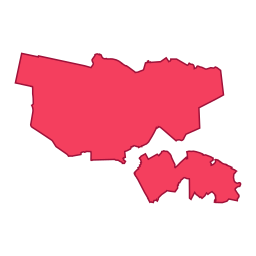 the district of Amsterdam, Noord-Holland, Netherlands
{"feature_id": "6326949B30737301574950", "entity_name": "Amsterdam", "entity_type": "district", "adm_level": 2, "iso_a3": "NLD", "parent_name": "Netherlands", "parent_adm1": "Noord-Holland", "projection": "albers", "projection_center": [4.983, 52.355], "detail": "fine", "context": "isolated", "style": "filled", "palette": "rose", "viewbox_px": 256, "rotation_deg": 0, "n_neighbors": 0, "source": "geoboundaries", "source_scale": "gbopen_adm2", "svg_char_len": 5732}
<svg xmlns="http://www.w3.org/2000/svg" viewBox="0 0 256 256"><path d="M122.4,163.4L124.4,163.4L125.5,161.3L124.6,160.7L124.4,160.5L123.4,159.9L123.8,158.9L123.1,158.3L123.7,157.7L125.3,157.3L124.7,151.5L125.4,151.3L127.1,150.7L130.4,149.0L130.4,148.9L130.7,148.4L131.0,147.9L131.1,147.3L131.2,146.7L132.3,146.8L133.0,146.4L132.9,146.2L134.0,145.6L137.4,146.7L138.2,146.6L138.7,147.5L139.7,146.9L140.5,146.6L141.8,146.6L141.8,145.8L143.1,145.5L144.8,144.6L146.5,143.9L146.7,143.7L147.9,142.6L148.6,141.9L152.5,135.5L152.7,135.0L153.5,133.7L155.7,129.4L156.2,128.0L156.4,128.5L157.7,127.7L158.4,127.2L158.4,126.6L158.9,126.7L160.0,127.1L161.3,128.0L176.1,140.8L176.4,140.4L176.9,140.1L178.9,139.8L179.8,139.9L181.4,140.5L182.2,140.3L183.1,139.6L183.6,139.0L183.8,138.7L183.9,138.1L186.0,134.2L199.7,128.1L198.9,107.8L216.4,98.8L223.5,94.9L220.6,70.4L217.0,67.7L215.3,67.0L214.3,67.8L213.6,68.1L210.8,67.7L206.7,69.0L205.7,69.1L201.8,67.3L199.9,66.9L198.4,66.2L197.5,66.1L197.3,66.1L196.9,66.5L196.7,67.1L196.4,67.6L195.8,68.0L194.3,68.6L194.3,67.5L194.1,66.6L193.7,65.5L193.3,64.9L192.2,64.3L190.9,64.3L190.5,64.1L189.3,63.2L189.0,63.3L188.5,64.5L187.3,65.3L176.6,59.1L171.4,59.1L170.8,59.1L170.8,59.4L170.8,60.0L170.1,61.1L169.9,61.2L169.2,61.2L168.8,61.6L166.2,57.8L160.6,61.7L150.6,62.4L150.3,62.5L150.3,62.0L148.9,62.2L148.3,61.2L148.5,60.9L148.4,60.8L147.6,61.2L147.8,61.8L147.7,62.5L146.6,62.5L145.9,63.0L145.5,62.9L143.8,68.9L143.6,69.5L143.3,69.9L142.4,70.4L140.6,71.0L138.0,72.1L135.3,72.5L135.1,72.1L129.2,67.7L128.8,67.4L126.4,65.8L125.8,65.7L125.8,65.8L125.4,65.8L125.2,65.7L122.3,63.7L121.8,63.5L121.9,63.3L121.6,63.1L119.6,61.6L118.2,60.8L116.2,59.9L114.7,59.5L112.6,59.0L110.9,58.9L107.0,59.0L106.7,58.6L106.3,58.5L105.0,58.8L103.9,58.6L103.2,58.3L102.8,58.0L101.7,56.6L101.3,55.1L100.9,55.0L100.6,54.7L99.9,54.4L99.7,54.2L99.1,54.8L98.6,54.3L97.3,53.9L96.3,54.1L95.0,54.6L95.0,55.0L95.0,55.4L94.8,55.8L92.4,59.2L92.1,59.7L92.1,60.3L92.1,60.7L93.2,63.1L93.3,63.4L93.3,63.9L93.1,64.5L91.0,67.6L84.6,65.8L38.5,55.9L38.3,56.9L21.7,53.4L15.4,82.9L31.6,86.4L31.5,86.5L32.4,86.7L32.6,86.9L32.7,89.5L32.7,93.8L33.0,96.1L33.2,98.8L33.3,103.8L32.2,105.1L31.7,105.3L32.4,106.8L32.7,107.9L32.9,109.0L33.0,110.7L32.9,111.7L32.6,113.6L30.8,124.2L30.7,124.6L30.9,125.7L31.5,126.7L32.2,127.3L40.7,132.8L51.9,140.3L52.6,141.1L55.9,146.4L56.2,146.7L66.7,154.0L67.7,154.9L68.0,155.4L68.5,156.2L69.1,156.2L69.3,156.0L72.5,156.1L73.0,155.9L80.9,154.5L81.0,154.3L81.0,152.8L81.6,152.3L83.7,151.7L84.4,152.2L85.8,151.9L86.1,151.4L90.8,151.6L91.1,153.1L91.0,160.0L91.3,160.2L91.3,160.3L91.8,160.3L91.8,160.0L114.8,159.4L115.3,159.9L116.0,160.1L118.0,160.2L118.5,160.4L119.8,161.3L121.7,162.2L122.4,162.9L122.4,163.4ZM149.9,202.3L150.6,202.0L151.0,202.0L151.4,202.0L151.9,202.3L152.7,202.3L153.3,202.5L154.0,200.5L155.9,200.3L156.1,200.1L156.4,199.7L156.6,200.6L157.3,201.1L157.7,200.3L157.9,200.0L158.3,199.0L158.5,197.7L161.7,194.5L166.3,191.3L166.7,190.6L170.8,191.3L175.0,191.8L175.6,191.1L175.6,190.7L175.8,190.7L177.6,188.2L177.6,185.2L178.4,185.1L178.4,183.8L178.8,182.7L179.6,182.8L181.0,180.4L181.2,179.7L181.8,179.5L182.3,179.2L183.3,178.1L184.0,177.7L185.0,177.7L186.4,178.4L187.1,178.6L189.3,178.8L189.4,180.0L189.5,191.5L189.5,198.1L190.3,198.8L191.0,199.4L192.3,196.8L194.7,192.4L196.3,194.6L197.5,195.3L200.0,197.5L200.8,196.9L202.0,198.3L202.7,197.7L204.8,195.8L206.5,193.0L207.2,193.6L207.9,194.4L209.2,193.3L212.0,191.6L214.2,193.7L214.8,194.5L215.1,195.7L215.5,195.6L215.6,198.0L215.5,199.4L215.8,199.4L215.8,200.1L215.4,200.1L214.9,199.9L214.6,200.4L214.6,200.7L215.2,200.8L215.4,201.0L214.8,201.4L215.0,201.6L214.5,202.1L215.0,202.4L222.4,202.6L226.9,201.2L228.8,199.0L237.3,200.7L237.4,199.4L237.3,199.0L237.7,198.6L237.8,198.3L238.6,197.5L238.6,196.9L238.9,196.6L238.9,196.4L239.0,196.1L238.8,195.7L238.9,195.2L237.3,193.2L237.1,192.8L236.4,191.8L235.9,190.9L235.4,190.3L235.2,189.8L235.2,189.3L235.3,188.8L235.8,188.3L235.7,188.2L237.8,186.6L239.7,186.4L240.5,184.7L240.6,183.9L240.4,183.2L239.8,182.8L239.2,182.7L237.2,183.3L236.8,183.2L235.4,182.4L234.8,181.8L234.4,181.2L234.1,180.7L233.5,177.5L233.8,174.5L233.9,174.1L234.1,173.8L235.3,172.6L235.8,171.9L235.9,171.4L236.4,171.1L234.6,169.9L231.3,168.5L231.7,167.8L231.9,167.4L231.6,167.3L230.4,166.6L227.0,165.3L227.0,165.1L227.0,164.9L226.0,164.4L225.9,164.6L222.6,163.5L220.0,161.5L219.9,161.8L218.4,160.4L217.9,160.0L217.6,160.2L217.4,160.0L215.7,159.5L215.3,159.6L215.0,159.8L215.4,160.3L215.6,161.3L215.3,162.5L214.2,163.5L213.7,164.1L212.7,164.7L212.1,164.9L211.2,165.3L211.1,165.0L211.7,164.6L210.3,162.1L211.1,161.3L212.4,160.6L213.1,160.0L213.1,159.7L212.9,159.7L213.1,158.1L212.3,157.8L211.5,157.2L210.7,156.8L205.9,155.0L205.2,154.9L204.1,155.2L203.4,155.1L202.9,154.8L203.2,154.5L202.6,154.0L202.4,154.2L201.7,153.6L200.0,152.9L196.0,151.7L193.5,151.2L191.3,151.4L189.4,151.2L188.4,151.3L186.8,151.8L187.3,154.1L187.5,158.5L186.4,158.8L186.2,157.6L186.1,157.4L180.4,162.6L177.4,165.7L175.2,167.6L175.0,167.4L174.9,167.4L174.8,167.1L174.8,165.7L174.9,165.0L174.8,164.3L173.8,162.4L171.8,158.1L171.5,157.3L171.0,155.6L170.0,154.0L167.5,151.5L166.4,151.3L165.0,151.3L164.5,151.0L163.4,150.9L162.9,151.4L161.8,151.5L161.5,152.3L161.1,153.1L159.7,154.5L159.3,155.3L158.8,155.7L157.2,154.2L148.3,159.2L145.4,153.8L141.1,156.2L140.0,157.6L139.6,157.7L139.4,158.5L140.8,159.9L140.9,160.9L141.4,162.1L140.6,162.6L141.0,163.4L140.7,164.5L139.6,165.1L140.0,166.0L140.0,166.5L138.0,167.7L138.6,168.9L137.3,169.6L134.9,172.1L135.0,172.3L134.4,172.9L134.8,173.3L134.5,173.6L134.7,173.9L134.5,174.0L135.1,175.2L135.8,176.3L136.5,177.1L136.8,177.8L137.8,179.3L144.6,192.4L148.0,198.2L147.8,198.3L149.9,202.3Z" fill="#f43f5e" stroke="#9f1239" stroke-width="1.5"/></svg>